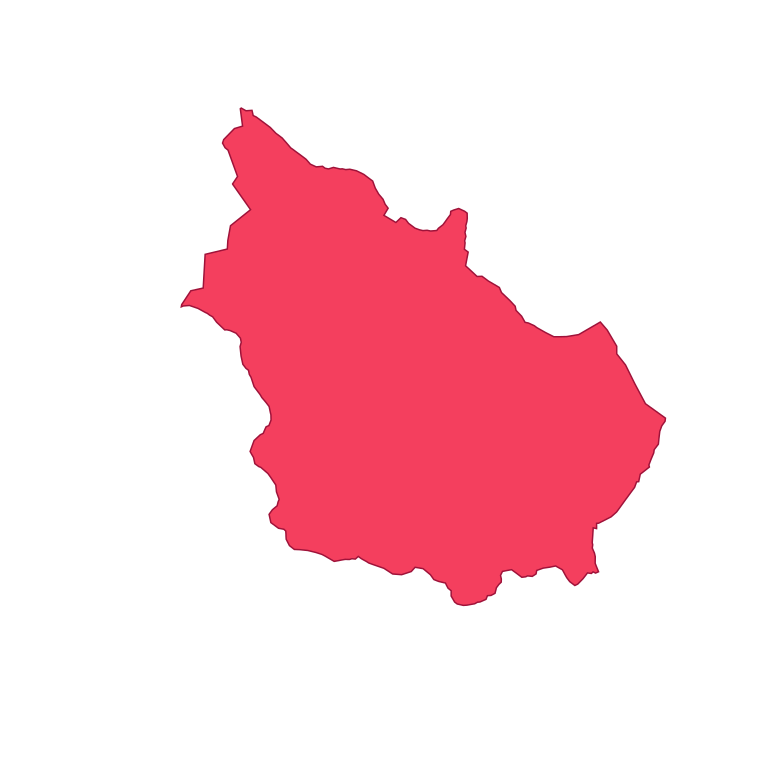 Qua'An Pan, Plateau, Nigeria (Robinson projection), rotated 309°
{"feature_id": "59680162B7635361694273", "entity_name": "Qua'An Pan", "entity_type": "district", "adm_level": 2, "iso_a3": "NGA", "parent_name": "Nigeria", "parent_adm1": "Plateau", "projection": "robinson", "projection_center": [9.159, 8.775], "detail": "fine", "context": "isolated", "style": "filled", "palette": "rose", "viewbox_px": 768, "rotation_deg": 309, "n_neighbors": 0, "source": "geoboundaries", "source_scale": "gbopen_adm2", "svg_char_len": 3889}
<svg xmlns="http://www.w3.org/2000/svg" viewBox="0 0 768 768"><g transform="rotate(309 384 384)"><path d="M274.2,595.0L275.2,595.9L280.9,598.8L284.6,597.6L287.0,600.2L291.2,602.0L294.9,600.3L296.3,599.6L300.4,599.4L303.8,599.8L306.3,597.9L308.6,595.0L312.9,594.0L316.4,596.9L320.0,600.0L320.3,606.4L320.5,612.7L323.4,615.5L325.2,616.3L327.8,620.3L332.1,621.7L335.2,620.0L337.5,621.4L341.1,623.6L346.2,628.3L350.6,631.9L351.1,635.0L351.9,639.6L349.8,644.6L348.5,647.9L347.3,652.7L347.5,659.1L350.4,660.5L357.8,661.2L363.0,661.1L365.2,661.0L367.3,664.4L369.6,664.7L370.2,667.4L373.1,668.9L376.2,663.3L377.6,660.9L382.8,656.8L385.0,654.0L387.6,649.1L390.4,647.4L391.7,645.7L397.0,642.0L403.9,637.1L405.4,640.2L405.7,640.0L409.5,636.9L410.9,638.4L423.7,644.1L430.8,645.3L433.6,645.2L446.1,644.5L454.5,644.1L461.4,643.8L466.9,641.9L468.4,643.4L470.1,642.5L471.3,641.9L475.2,639.9L478.5,640.7L486.5,642.5L487.8,640.8L493.3,639.0L498.1,637.6L500.2,637.0L503.0,635.3L509.9,635.1L515.4,631.5L520.0,628.6L520.8,628.1L521.7,627.8L526.3,626.2L531.9,625.9L534.6,624.2L533.2,599.6L542.1,578.6L550.8,559.7L553.9,545.9L559.8,541.1L566.4,523.5L568.3,513.1L544.9,504.2L535.8,496.1L531.3,490.8L527.6,486.2L525.9,478.4L525.6,476.9L524.0,467.4L523.9,464.2L522.3,457.9L520.7,454.8L523.3,448.3L524.3,440.3L527.0,437.0L528.1,429.0L529.0,417.8L531.6,412.9L529.7,400.3L529.6,397.1L529.4,392.4L526.1,388.6L526.5,383.8L527.2,373.0L530.9,371.0L539.5,366.4L539.3,361.7L544.7,358.2L546.0,356.6L550.2,354.8L552.8,351.5L556.9,349.7L558.3,348.0L562.4,346.2L565.1,344.5L569.1,341.1L569.0,337.9L567.4,331.6L563.1,328.7L560.2,327.2L557.5,329.0L551.9,329.2L549.1,329.4L544.9,329.6L539.3,328.3L536.5,328.4L533.6,325.4L532.2,323.9L530.6,320.8L527.7,317.7L526.2,314.6L524.6,310.0L524.5,306.8L524.3,302.0L525.5,297.2L523.9,292.5L517.0,291.6L515.0,277.8L523.2,276.6L524.4,271.8L527.0,266.9L528.2,260.5L530.7,254.0L532.9,250.3L534.6,247.5L534.4,242.7L534.2,236.4L532.4,228.5L529.4,222.3L526.5,219.3L525.0,216.2L523.5,214.6L520.5,208.4L516.2,205.5L514.6,202.4L514.5,199.2L513.0,197.7L510.1,194.7L508.5,188.4L509.6,182.0L509.4,175.6L509.1,169.3L509.0,166.1L508.8,162.9L510.0,156.5L510.6,152.9L511.1,150.1L511.0,146.9L510.8,142.2L511.8,134.2L511.5,126.2L511.3,121.5L511.1,116.7L510.3,113.4L513.6,109.2L509.5,104.8L508.6,99.4L507.5,99.1L495.4,111.8L488.4,107.0L473.1,105.6L469.6,106.9L467.6,111.8L467.6,115.6L453.1,139.6L444.2,140.4L444.0,140.7L435.5,170.6L410.4,165.1L397.3,172.3L390.3,177.3L372.2,163.4L344.8,183.1L334.9,175.2L318.4,176.8L316.4,177.9L318.3,178.9L320.8,181.5L322.6,183.4L325.7,191.9L327.2,200.3L327.7,202.2L327.8,205.2L328.4,208.5L326.7,215.0L325.8,226.2L327.2,227.7L328.7,230.8L330.4,237.1L329.3,243.5L326.6,246.8L322.5,248.6L315.8,255.3L310.5,261.9L309.3,266.8L309.4,270.0L306.7,273.3L305.5,276.5L300.2,284.7L297.8,294.4L296.6,297.6L295.4,304.0L294.2,308.9L290.2,313.8L288.9,315.5L284.9,318.9L279.3,320.7L276.5,319.3L274.2,319.9L269.6,321.2L266.7,319.8L258.3,318.6L252.8,320.5L247.3,322.4L246.0,325.6L244.8,328.8L240.8,333.8L241.0,338.6L241.7,340.8L241.6,343.2L241.4,350.1L240.2,354.5L237.4,363.5L232.5,368.3L228.4,375.1L225.7,375.9L222.1,377.6L218.6,376.9L216.0,376.4L210.4,376.7L207.5,380.3L205.1,383.3L205.5,392.8L208.1,397.6L207.9,400.2L205.3,402.6L204.2,403.5L201.8,405.7L198.9,412.2L199.0,418.4L202.4,423.0L206.7,429.6L210.2,437.1L212.5,443.0L213.2,446.5L214.8,456.9L218.8,460.4L219.1,460.6L220.3,461.6L223.3,464.2L225.9,467.6L228.0,469.0L229.9,471.9L233.8,472.5L234.0,476.3L234.4,478.7L235.0,482.0L235.3,484.8L236.9,489.4L239.0,495.2L240.7,499.9L241.8,510.3L246.9,517.7L251.2,520.5L255.4,523.2L261.1,523.5L263.0,526.8L265.1,530.6L265.0,540.1L263.4,545.8L264.4,549.0L265.0,550.8L267.2,555.4L268.0,557.0L267.0,559.1L265.6,562.3L265.6,566.3L261.5,569.6L259.0,576.1L259.1,579.3L261.9,585.0L264.4,587.7L268.6,591.3L270.3,592.8L273.3,594.0L274.2,595.0Z" fill="#f43f5e" stroke="#9f1239" stroke-width="1.5"/></g></svg>